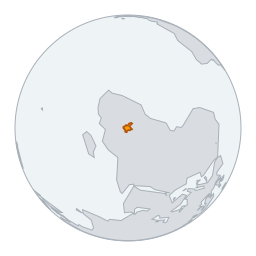 globe centered on North-Western, rotated 138°
{"feature_id": "ZMB-521", "entity_name": "North-Western", "entity_type": "Province", "adm_level": 1, "iso_a3": "ZMB", "parent_name": "Zambia", "parent_adm1": "", "projection": "orthographic", "projection_center": [25.141, -12.794], "detail": "fine", "context": "on_globe", "style": "filled", "palette": "amber", "viewbox_px": 256, "rotation_deg": 138, "n_neighbors": 0, "source": "natural_earth", "source_scale": "10m", "svg_char_len": 6656}
<svg xmlns="http://www.w3.org/2000/svg" viewBox="0 0 256 256"><g transform="rotate(138 128 128)"><circle cx="128" cy="128" r="113" fill="#eef3f6" stroke="#a8b0b8"/><path d="M17.4,106.5L17.5,106.3L17.2,108.0L17.0,113.2L18.8,114.1L19.2,118.3L18.8,121.5L19.9,121.5L19.9,123.4L25.9,123.0L30.5,126.2L31.4,133.0L29.5,142.1L32.5,159.7L30.4,167.5L33.0,174.7L36.8,186.1L35.1,187.0L38.8,191.2L40.5,194.8L40.3,196.0L43.1,199.4L43.1,200.2L45.1,201.8L49.2,207.2L52.8,210.1L56.9,214.2L59.3,215.8L59.3,216.1L60.4,217.2L61.9,218.3L60.1,217.5L54.9,213.6L52.1,211.0L45.6,204.6L47.0,206.2L39.3,197.4L33.5,189.3L25.1,173.9L21.9,165.9L19.4,157.7L17.4,149.3L16.1,140.8L15.4,132.2L15.4,123.6L16.1,115.0L17.4,106.5ZM64.5,219.5L61.0,218.1L62.3,218.5L59.8,216.3L62.9,217.7L64.5,219.5ZM58.6,213.4L57.7,211.8L58.5,212.1L59.3,213.3L58.6,213.4ZM154.0,18.4L159.1,19.8L160.6,20.5L161.4,20.7L160.6,20.2L155.0,18.6L163.0,20.9L170.8,23.8L178.4,27.3L185.7,31.3L192.7,35.8L199.4,40.8L205.6,46.4L211.4,52.3L216.8,58.7L221.7,65.5L226.1,72.6L229.9,80.0L233.2,87.6L231.9,84.7L232.6,87.1L237.0,100.0L237.7,103.3L237.7,107.3L237.2,104.8L233.8,96.2L234.9,103.6L237.6,112.2L238.6,120.8L237.3,116.8L236.1,109.2L234.8,106.0L233.9,99.3L230.5,88.7L229.1,89.1L228.0,85.2L223.1,76.2L220.4,76.8L216.9,84.2L218.5,94.1L216.4,97.7L209.0,81.8L205.3,72.3L202.8,72.5L195.1,63.9L182.2,61.3L180.2,58.9L177.8,59.6L172.2,56.9L169.1,53.3L165.9,53.2L174.2,62.9L177.6,63.2L180.3,60.1L182.0,63.5L187.3,67.3L182.0,74.9L162.6,80.9L160.4,73.5L144.4,54.6L144.7,52.7L144.4,52.1L143.2,55.2L140.4,51.9L149.2,64.2L150.8,69.8L162.3,81.3L161.3,82.4L164.9,85.0L176.2,83.2L176.4,85.7L171.2,97.0L155.3,112.8L157.3,124.9L155.9,135.3L145.8,142.0L146.4,150.5L141.1,153.4L140.6,158.3L136.3,163.5L129.0,168.6L117.0,169.1L116.5,164.6L110.7,156.1L102.8,136.3L106.0,127.0L105.0,120.2L96.3,106.2L98.2,98.1L95.9,95.0L91.0,96.4L88.2,92.8L85.2,93.1L66.6,98.8L60.9,95.1L54.0,82.4L57.4,76.0L57.9,69.9L80.8,46.5L85.8,46.6L103.9,42.3L106.1,42.7L104.1,46.9L117.7,51.2L122.1,47.5L134.4,50.3L142.5,50.3L145.3,42.8L131.9,42.4L129.6,38.9L140.2,36.1L151.8,37.3L151.3,36.0L143.9,32.8L146.5,30.9L141.3,31.6L143.4,32.9L140.2,33.6L138.1,32.5L139.1,31.8L135.6,31.2L131.7,35.3L133.4,37.1L124.2,38.0L126.3,41.2L123.8,42.7L119.4,38.1L119.8,36.4L111.7,32.3L110.4,34.1L118.0,38.2L115.7,38.0L114.1,41.0L113.4,38.5L105.5,34.1L97.1,36.1L86.6,44.6L81.7,46.1L77.6,45.6L81.3,38.0L91.8,35.6L93.3,33.4L91.1,31.2L94.5,30.8L94.9,29.8L98.9,29.1L104.4,26.1L108.4,25.5L110.5,22.8L112.9,22.2L110.9,23.9L111.8,24.9L121.7,24.2L123.7,23.6L124.2,22.0L126.9,22.3L126.2,20.9L131.9,20.4L124.3,20.0L124.8,18.7L128.2,17.9L127.0,17.5L121.5,19.0L120.5,19.8L121.8,20.4L117.9,23.1L114.5,23.8L113.4,21.1L108.4,22.0L109.8,20.0L124.0,16.3L129.9,16.0L139.8,17.4L138.5,17.8L134.3,17.4L138.2,18.6L137.9,18.1L140.1,18.4L141.1,17.8L142.7,18.0L140.9,17.1L143.0,17.4L144.1,17.9L147.4,17.6L151.8,18.4L151.8,18.2L150.5,17.9L156.9,19.3L156.6,19.2L154.3,18.6L152.3,18.1L151.5,17.8L154.0,18.4ZM73.1,56.9L72.5,58.6L73.1,56.9ZM164.4,43.0L171.2,44.2L167.7,39.4L170.0,39.6L168.0,38.1L167.4,39.1L162.3,35.1L165.1,34.5L164.0,32.8L161.7,32.3L157.4,34.3L164.7,39.8L163.3,41.4L164.4,43.0ZM17.5,106.1L17.4,107.0L17.2,107.5L17.5,106.1ZM93.2,25.9L94.5,26.1L93.0,27.3L87.9,29.0L90.1,27.2L93.2,25.9ZM96.8,26.2L97.2,23.6L100.3,22.8L98.5,23.6L100.6,23.3L98.2,24.7L100.9,26.7L99.7,28.0L90.9,29.9L94.4,28.5L92.9,28.2L96.8,26.2ZM92.5,21.6L92.6,21.3L99.3,19.6L98.3,20.2L93.2,21.7L91.3,22.0L92.5,21.6ZM101.2,18.6L100.8,18.7L100.5,18.8L101.2,18.6ZM98.4,19.3L99.8,19.0L94.8,20.4L98.4,19.3ZM108.7,41.0L110.5,41.1L113.2,40.7L112.2,42.8L108.7,41.0ZM103.2,38.0L104.7,37.6L104.7,40.0L102.9,40.1L103.2,38.0ZM105.6,35.5L104.8,37.4L104.2,36.4L105.6,35.5ZM112.4,23.6L114.1,23.3L114.3,23.6L113.3,24.2L112.4,23.6ZM124.7,15.4L124.4,15.4L123.9,15.4L124.7,15.4ZM143.0,44.0L140.6,45.3L139.4,44.6L140.5,44.2L143.0,44.0ZM125.7,43.6L129.6,44.6L125.4,44.2L125.7,43.6ZM179.5,198.5L179.6,200.4L178.2,200.2L179.5,198.5ZM174.5,135.1L166.2,153.3L161.1,153.0L160.5,147.3L163.8,136.1L169.8,133.4L172.9,128.6L174.5,135.1ZM239.2,146.0L239.2,145.9L239.3,145.0L239.2,146.0ZM239.4,144.2L238.8,139.9L238.2,136.9L238.6,135.4L239.6,138.5L239.4,144.2ZM238.6,135.2L237.3,127.4L233.5,109.1L234.9,110.4L238.5,122.9L238.3,124.3L239.1,130.0L238.6,135.2ZM240.4,136.1L240.3,133.3L240.1,131.5L240.0,124.5L240.1,121.8L240.3,122.7L240.3,119.1L240.6,127.6L240.4,136.1ZM218.9,95.2L221.3,101.9L220.0,102.4L218.9,95.2ZM233.9,89.7L234.3,90.8L234.1,90.5L233.6,88.9L233.5,88.6L233.9,89.7ZM145.0,16.6L144.7,16.6L145.2,16.8L147.9,17.4L143.4,16.6L142.7,16.3L142.9,16.3L145.0,16.6ZM220.6,192.1L220.1,192.1L221.2,189.7L223.3,186.8L229.1,175.6L229.0,176.3L232.1,169.4L233.4,167.7L229.8,176.1L225.6,184.3L220.6,192.1Z" fill="#d9dde1" stroke="#a8b0b8" stroke-width="1"/><path d="M122.0,129.8L121.9,128.4L125.8,128.4L125.7,128.2L125.6,127.9L125.7,127.5L125.8,127.3L125.9,127.2L125.8,126.9L125.7,126.8L125.7,126.7L125.7,126.2L125.8,126.1L125.8,125.9L125.7,125.8L125.7,125.7L125.8,125.6L125.8,125.4L125.8,125.1L125.8,124.7L125.8,124.4L125.7,124.3L125.7,124.2L125.8,124.2L126.0,124.3L126.0,124.5L126.3,124.6L126.5,124.6L126.5,124.8L126.6,125.0L126.4,125.2L126.4,125.3L126.5,125.3L126.8,125.4L127.0,125.2L127.3,125.1L127.5,125.0L128.0,125.0L128.3,124.9L128.4,125.0L128.3,125.3L128.3,125.5L128.5,125.8L128.6,126.0L128.8,126.0L128.8,125.9L129.0,125.9L129.1,126.0L129.3,126.1L129.5,126.1L129.6,126.3L130.0,126.3L130.3,126.3L130.5,126.3L130.8,126.4L131.0,126.5L131.1,126.4L131.3,126.4L131.5,126.3L131.5,126.2L131.6,125.9L131.6,125.7L131.8,125.6L132.0,125.7L132.0,125.8L132.0,126.1L132.4,126.3L132.5,126.5L132.6,126.8L132.6,127.0L132.4,126.9L132.3,127.0L132.2,127.1L131.9,127.1L131.7,127.1L131.7,127.3L131.7,127.5L131.4,127.7L131.3,127.8L131.3,128.0L131.4,128.3L131.5,128.3L131.7,128.6L131.5,128.8L131.5,129.0L131.4,129.2L131.3,129.3L131.2,129.4L131.2,129.5L131.2,129.8L131.3,129.8L131.4,130.0L131.5,130.0L131.4,130.2L131.4,130.3L131.3,130.5L131.5,130.7L131.5,130.8L131.5,131.1L131.4,131.1L131.2,131.2L131.1,131.3L130.9,131.2L130.9,131.3L130.8,131.2L130.7,131.3L130.4,131.5L130.3,131.8L130.2,131.8L130.2,131.7L128.9,131.5L128.7,131.5L128.3,131.5L128.2,131.6L127.9,131.6L127.7,131.6L127.7,131.4L127.8,131.2L127.9,130.9L127.7,130.8L127.5,130.7L127.4,130.6L127.2,130.6L127.2,130.4L126.9,130.3L126.8,130.2L126.7,130.2L126.7,130.3L126.5,130.2L126.4,130.2L126.4,130.3L126.3,130.2L126.2,130.2L126.1,130.3L125.9,130.3L125.7,130.3L125.4,130.3L125.2,130.4L124.9,130.5L124.7,130.6L124.4,130.7L124.2,130.5L124.1,130.4L123.9,130.4L123.7,130.2L123.4,130.2L123.4,130.3L123.2,130.3L123.1,130.2L122.8,130.1L122.5,129.8L122.4,129.8L122.2,129.9L122.0,129.8Z" fill="#f59e0b" stroke="#b45309" stroke-width="1.5"/></g></svg>